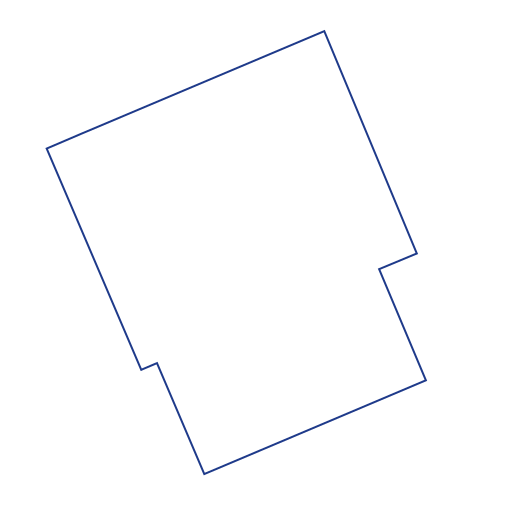 Sheridan, North Dakota, United States of America (orthographic projection), rotated 157°
{"feature_id": "52423323B60934570924180", "entity_name": "Sheridan", "entity_type": "district", "adm_level": 2, "iso_a3": "USA", "parent_name": "United States of America", "parent_adm1": "North Dakota", "projection": "orthographic", "projection_center": [-100.282, 47.587], "detail": "fine", "context": "isolated", "style": "outline", "palette": "blue", "viewbox_px": 512, "rotation_deg": 157, "n_neighbors": 0, "source": "geoboundaries", "source_scale": "gbopen_adm2", "svg_char_len": 294}
<svg xmlns="http://www.w3.org/2000/svg" viewBox="0 0 512 512"><g transform="rotate(157 256 256)"><path d="M388.8,75.5L328.7,75.4L148.2,75.2L147.8,195.8L107.0,195.5L105.3,436.3L369.0,436.8L406.7,436.7L406.1,196.1L389.0,196.1L388.8,75.5Z" fill="none" stroke="#1e3a8a" stroke-width="2"/></g></svg>